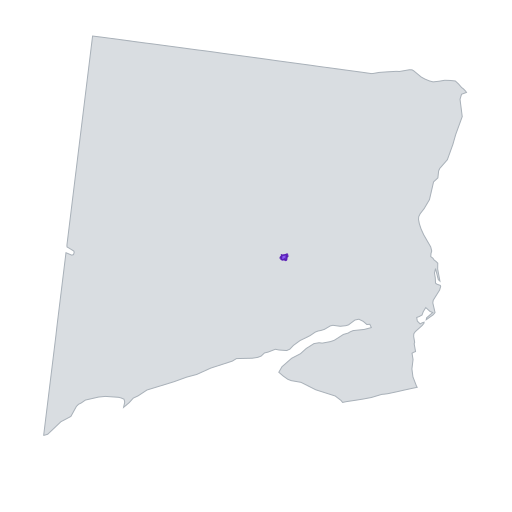 Dayrut, Asyut, Egypt shown in context, rotated 97°
{"feature_id": "37247803B43857760448777", "entity_name": "Dayrut", "entity_type": "district", "adm_level": 2, "iso_a3": "EGY", "parent_name": "Egypt", "parent_adm1": "Asyut", "projection": "robinson", "projection_center": [30.795, 27.538], "detail": "fine", "context": "in_parent", "style": "filled", "palette": "violet", "viewbox_px": 512, "rotation_deg": 97, "n_neighbors": 0, "source": "geoboundaries", "source_scale": "gbopen_adm2", "svg_char_len": 4986}
<svg xmlns="http://www.w3.org/2000/svg" viewBox="0 0 512 512"><g transform="rotate(97 256 256)"><path d="M459.8,444.9L448.7,444.9L437.6,444.9L426.5,444.9L415.4,444.9L404.3,444.9L393.2,444.9L382.1,444.9L371.0,444.9L359.9,444.9L348.8,445.0L337.7,445.0L326.6,445.0L315.5,445.0L304.4,445.0L293.3,445.0L282.2,445.0L275.9,445.0L276.9,441.5L277.6,439.0L276.9,437.3L274.7,436.9L273.3,437.4L270.0,444.7L268.2,445.0L264.3,445.0L251.4,445.0L238.5,445.0L225.5,445.0L212.6,445.0L199.7,445.0L186.8,445.0L173.9,445.0L160.9,445.0L148.0,445.0L135.1,445.0L122.2,445.0L109.2,445.0L96.3,445.0L83.4,445.0L70.5,445.0L57.6,445.0L57.6,436.2L57.7,427.4L57.8,418.6L57.9,409.8L58.0,401.0L58.1,392.2L58.1,383.5L58.2,374.7L58.3,365.9L58.4,357.1L58.5,348.3L58.6,339.5L58.6,330.7L58.7,321.9L58.9,313.2L59.0,304.4L59.1,295.6L59.2,286.8L59.3,278.0L59.4,269.2L59.6,260.4L59.7,251.6L59.8,242.9L59.9,234.1L60.0,225.3L60.2,216.5L60.3,207.7L60.4,198.9L60.5,190.1L60.6,181.3L60.7,172.6L60.9,163.8L60.6,162.1L58.8,156.2L57.3,148.6L55.6,139.2L55.4,136.2L52.5,126.6L52.2,123.9L53.0,122.0L58.2,113.9L59.8,109.9L61.1,105.2L61.6,101.4L60.2,95.5L58.6,90.2L58.1,84.8L58.0,79.5L60.6,75.9L63.7,72.5L64.9,70.4L66.8,68.1L68.0,67.0L70.4,71.7L75.6,72.6L92.5,68.3L111.1,72.6L121.3,74.2L137.1,77.8L146.7,84.3L149.3,85.1L156.3,85.0L160.8,88.8L178.9,90.7L188.5,94.9L194.0,98.2L197.2,99.3L200.1,99.1L204.1,97.8L209.0,95.5L214.4,92.2L225.7,83.7L229.6,82.2L232.2,82.6L235.3,82.5L236.6,80.2L238.3,78.7L239.3,76.9L241.0,74.7L246.8,74.1L258.5,70.4L257.2,72.2L246.6,76.3L251.1,76.8L255.8,75.4L261.1,74.5L262.0,72.8L262.7,69.5L263.7,69.0L267.4,69.6L278.3,74.7L281.0,74.8L288.7,72.0L290.3,71.4L292.8,73.0L298.5,79.3L296.5,79.1L290.5,73.7L289.9,76.4L286.5,81.2L290.8,83.2L294.3,84.0L296.2,86.6L297.4,89.0L300.9,88.0L303.4,84.8L302.1,83.0L301.2,81.1L302.3,81.1L304.7,82.6L311.7,88.7L314.0,89.9L316.7,89.7L322.3,88.0L323.9,88.3L331.4,86.0L332.3,87.7L333.5,89.3L339.6,87.5L349.1,87.5L356.9,85.5L365.9,80.7L366.6,80.0L367.1,81.2L368.2,84.5L371.1,92.8L373.5,99.4L376.6,108.4L377.5,111.9L378.0,114.3L382.4,124.3L385.0,132.5L386.9,139.1L389.6,148.8L390.8,152.2L389.0,154.0L385.3,160.3L381.5,180.4L375.9,196.0L375.4,205.9L374.5,209.4L371.8,214.4L368.6,219.2L362.7,216.7L353.2,208.2L347.6,200.0L341.6,194.8L335.9,187.8L334.4,182.8L334.4,179.6L331.9,171.7L330.1,168.0L323.2,159.7L321.3,155.2L319.8,153.3L318.2,150.5L315.7,139.6L313.0,132.8L309.9,134.7L310.5,137.6L307.8,141.6L306.2,146.2L307.5,150.0L313.1,155.8L314.2,158.3L315.5,163.8L315.4,171.2L316.3,173.7L320.5,179.2L322.0,182.5L322.9,185.3L324.3,187.9L328.5,192.7L334.5,201.9L340.2,208.0L344.3,211.0L346.1,214.0L346.5,221.7L346.2,225.4L349.9,232.3L351.2,235.8L354.7,238.7L356.4,241.9L357.9,247.2L360.2,262.9L363.2,266.7L372.8,287.3L380.8,300.4L384.7,310.1L390.7,321.9L402.3,347.9L409.2,356.0L412.0,360.5L417.0,364.0L422.4,369.0L417.2,368.5L416.0,368.8L414.2,369.6L413.3,372.7L413.0,375.2L413.7,388.4L415.2,395.1L419.8,407.8L423.2,411.6L424.8,414.1L427.1,415.9L437.8,420.2L444.2,429.4L458.3,441.0L459.7,444.2L459.8,444.9Z" fill="#d9dde1" stroke="#a8b0b8" stroke-width="1"/><path d="M256.2,230.5L256.2,230.4L256.3,230.3L256.3,230.2L256.4,229.9L256.5,229.8L256.6,229.7L256.7,229.4L256.7,229.2L256.5,228.9L256.4,228.8L256.3,228.7L256.2,228.5L256.2,228.4L256.2,228.2L255.9,227.9L256.0,227.9L255.9,227.6L255.8,227.4L255.8,227.2L256.0,226.9L256.1,226.7L256.2,226.4L256.2,226.1L256.3,226.1L256.3,225.9L256.3,225.7L256.2,225.6L256.1,225.4L255.9,225.2L255.7,225.2L255.6,225.3L255.4,225.6L255.4,226.0L255.2,226.0L254.8,225.9L254.6,225.8L254.5,225.7L254.3,225.8L254.1,225.9L253.9,225.9L253.8,225.7L253.7,225.6L253.5,225.4L253.4,225.3L253.5,225.2L253.3,225.2L253.1,225.0L252.9,225.3L252.9,225.2L252.7,225.0L252.5,224.8L252.2,224.5L252.1,224.8L252.1,225.1L252.1,225.5L251.9,225.6L251.4,225.6L251.5,225.3L251.2,225.3L250.9,225.3L250.7,225.5L250.6,225.4L250.4,225.2L250.3,225.4L250.5,225.7L250.5,225.8L250.6,226.0L250.8,226.3L251.0,226.5L251.1,226.8L251.3,227.5L251.5,227.8L251.5,228.1L251.5,228.3L251.5,228.5L251.8,228.8L251.9,229.2L252.0,229.3L252.0,229.5L252.1,229.8L252.0,230.0L251.9,230.2L251.9,230.3L251.8,230.5L251.8,230.8L252.0,230.8L252.3,230.7L252.5,230.6L252.5,230.4L252.5,230.2L252.7,230.3L252.8,230.4L252.9,230.5L253.0,230.5L253.3,230.7L253.5,230.6L253.6,230.8L253.8,230.8L253.8,231.0L253.9,231.3L253.9,231.5L253.9,231.4L254.0,231.5L254.3,231.5L254.5,231.6L254.8,231.7L254.8,231.4L254.7,231.4L254.8,231.3L254.8,231.2L254.7,231.0L254.7,230.9L254.6,230.7L254.4,230.5L254.5,230.5L254.7,230.4L254.8,230.4L254.8,230.5L255.0,230.6L255.3,230.6L255.5,230.7L255.6,230.8L255.8,230.8L255.9,230.7L256.0,230.5L256.2,230.5ZM256.3,228.2L256.4,227.6L256.4,227.4L256.4,227.2L256.4,226.9L256.4,226.7L256.5,226.3L256.6,226.1L256.7,225.8L256.7,225.7L256.8,225.7L256.9,225.4L257.0,225.4L256.9,225.4L256.6,225.4L256.4,225.5L256.4,225.8L256.4,226.0L256.4,226.4L256.4,226.5L256.3,226.8L256.2,227.0L256.0,227.4L256.0,227.5L256.1,227.8L256.1,228.0L256.3,228.1L256.3,228.2Z" fill="#8b5cf6" stroke="#5b21b6" stroke-width="1.5"/></g></svg>